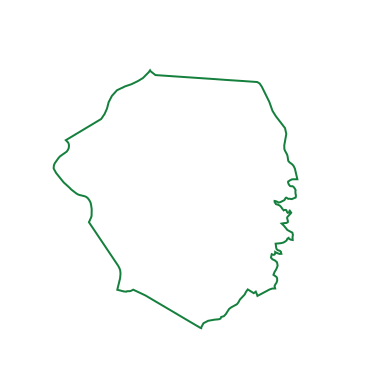 an SVG outline of Atakora, rotated 147°
{"feature_id": "BEN-2181", "entity_name": "Atakora", "entity_type": "Department", "adm_level": 1, "iso_a3": "BEN", "parent_name": "Benin", "parent_adm1": "", "projection": "robinson", "projection_center": [1.484, 10.71], "detail": "fine", "context": "isolated", "style": "outline", "palette": "green", "viewbox_px": 384, "rotation_deg": 147, "n_neighbors": 0, "source": "natural_earth", "source_scale": "10m", "svg_char_len": 2738}
<svg xmlns="http://www.w3.org/2000/svg" viewBox="0 0 384 384"><g transform="rotate(147 192 192)"><path d="M253.8,75.7L257.7,73.6L258.4,72.8L259.1,73.7L287.4,130.6L294.5,142.1L295.9,142.2L297.7,142.5L299.0,143.2L299.7,143.7L300.4,144.1L301.1,144.1L301.5,144.3L303.2,145.6L307.9,150.7L299.3,158.8L296.4,162.5L294.9,165.4L294.4,167.4L294.1,170.2L294.9,222.8L293.3,223.8L290.2,225.8L289.7,226.3L289.3,226.6L285.6,232.0L283.9,235.6L282.9,238.2L282.6,240.6L282.7,243.1L282.9,244.0L283.0,244.4L283.5,245.7L284.4,247.0L288.1,250.9L289.0,252.2L289.7,253.5L291.9,259.8L292.4,262.4L294.4,270.0L295.6,281.8L295.4,285.1L295.2,287.1L294.7,287.8L293.7,289.1L292.6,290.1L291.3,290.9L285.5,293.2L283.2,293.8L275.2,294.1L273.8,294.6L272.4,295.3L271.6,295.9L270.8,296.7L269.7,298.3L269.2,299.5L269.0,300.5L269.0,301.1L269.6,304.2L228.4,302.7L222.9,305.0L217.8,308.3L213.0,312.7L206.9,316.2L199.5,318.2L190.4,317.0L184.2,315.4L177.1,314.5L171.0,314.3L162.8,316.1L160.9,316.9L160.9,315.6L159.0,310.0L143.7,298.5L122.9,282.9L110.5,273.6L102.2,267.3L88.4,257.0L77.4,248.7L76.2,246.2L76.1,242.4L78.1,225.4L80.3,216.2L80.4,209.7L79.2,194.9L81.3,189.3L89.2,180.9L91.1,177.8L91.5,176.1L91.8,172.4L92.1,170.6L94.3,165.7L94.1,163.9L92.9,160.6L92.6,158.8L93.0,155.5L96.7,145.3L101.1,148.1L103.1,148.4L105.7,148.4L106.3,147.5L106.7,145.6L106.5,143.6L105.7,142.8L104.5,142.1L104.0,140.6L103.9,138.8L104.1,137.1L104.6,136.7L105.9,134.6L106.7,132.6L107.7,131.2L108.3,130.9L109.0,131.1L112.2,131.7L113.1,132.5L113.9,133.3L114.7,133.6L115.1,134.0L115.8,135.6L116.1,136.0L117.0,135.9L118.6,135.0L119.2,134.9L123.6,135.4L125.1,136.0L125.5,136.8L126.5,138.4L127.6,139.5L128.1,138.8L128.2,136.1L126.6,134.2L125.7,132.5L125.4,130.7L125.4,128.8L125.1,126.8L124.8,126.9L123.5,126.1L123.0,125.8L122.9,125.1L123.2,123.0L123.0,122.3L121.7,122.0L120.8,122.9L120.2,123.1L120.1,120.6L120.8,120.3L125.6,119.1L126.4,118.4L127.4,115.4L128.1,114.5L129.6,114.6L132.5,116.1L134.0,116.7L133.3,113.8L132.7,108.2L130.0,103.2L130.7,101.1L132.2,99.5L133.7,96.9L135.1,98.2L136.2,100.1L136.0,100.9L137.3,100.9L138.1,100.5L138.8,100.0L140.1,99.7L142.8,99.8L145.2,100.6L150.0,103.1L151.8,99.3L152.1,98.0L151.7,96.4L150.3,94.8L150.0,93.5L150.7,91.5L152.3,92.4L154.0,94.6L154.9,96.4L155.9,95.0L157.0,94.6L158.0,95.0L159.0,96.4L161.5,94.0L161.2,91.8L159.8,89.6L159.0,86.7L160.3,83.6L163.1,81.5L166.4,79.9L168.8,78.2L167.4,74.7L167.6,73.3L168.8,71.3L170.7,69.8L172.5,69.1L174.0,68.2L174.8,65.8L177.2,67.3L180.0,68.0L193.7,69.2L193.4,70.3L193.0,72.6L192.8,73.7L195.3,73.5L198.3,79.9L201.2,78.8L203.7,77.3L210.4,75.7L213.1,74.2L215.4,73.4L221.8,73.9L224.6,73.7L230.3,71.1L233.0,70.5L235.6,71.3L237.0,70.3L238.7,70.6L242.5,72.6L248.6,75.2L253.8,75.7Z" fill="none" stroke="#15803d" stroke-width="2"/></g></svg>